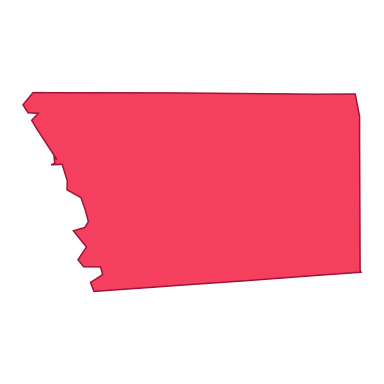 the district of Simpson, Mississippi, United States of America
{"feature_id": "52423323B36475668892924", "entity_name": "Simpson", "entity_type": "district", "adm_level": 2, "iso_a3": "USA", "parent_name": "United States of America", "parent_adm1": "Mississippi", "projection": "orthographic", "projection_center": [-90.059, 31.901], "detail": "fine", "context": "isolated", "style": "filled", "palette": "rose", "viewbox_px": 384, "rotation_deg": 0, "n_neighbors": 0, "source": "geoboundaries", "source_scale": "gbopen_adm2", "svg_char_len": 546}
<svg xmlns="http://www.w3.org/2000/svg" viewBox="0 0 384 384"><path d="M94.0,291.4L178.2,285.4L247.6,280.6L302.9,276.4L361.0,272.2L360.1,270.2L359.6,142.5L359.6,116.4L355.2,94.0L316.6,94.2L172.1,92.9L54.2,92.7L33.0,92.6L23.0,104.8L28.0,112.8L38.3,113.3L31.7,120.3L36.4,128.2L56.9,159.7L54.1,157.3L54.7,163.3L51.1,164.8L62.2,164.3L67.3,181.0L67.0,189.8L80.9,197.6L85.1,209.3L88.4,221.6L84.8,227.5L73.4,230.8L86.4,247.0L78.0,259.8L83.7,266.8L100.6,266.9L102.6,274.6L90.5,282.5L94.0,291.4Z" fill="#f43f5e" stroke="#9f1239" stroke-width="1.5"/></svg>